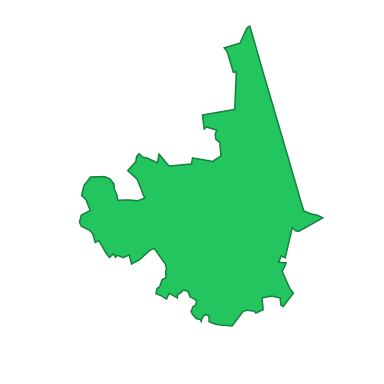 outline of Middlesex, Massachusetts, United States of America, rotated 72°
{"feature_id": "52423323B1907827935694", "entity_name": "Middlesex", "entity_type": "district", "adm_level": 2, "iso_a3": "USA", "parent_name": "United States of America", "parent_adm1": "Massachusetts", "projection": "natural_earth1", "projection_center": [-71.366, 42.447], "detail": "fine", "context": "isolated", "style": "filled", "palette": "green", "viewbox_px": 384, "rotation_deg": 72, "n_neighbors": 0, "source": "geoboundaries", "source_scale": "gbopen_adm2", "svg_char_len": 1961}
<svg xmlns="http://www.w3.org/2000/svg" viewBox="0 0 384 384"><g transform="rotate(72 192 192)"><path d="M285.9,249.3L281.3,245.1L284.4,242.0L288.3,238.7L285.0,237.4L284.2,233.1L282.6,230.7L284.9,226.7L291.5,226.1L292.6,224.7L296.6,221.2L300.6,223.3L301.1,225.1L301.2,226.3L305.5,229.8L308.4,229.3L313.7,227.1L314.3,226.1L315.8,223.6L317.9,223.2L315.2,221.5L312.6,217.8L314.9,214.0L320.7,215.9L325.3,210.0L327.8,205.0L329.3,201.0L331.8,195.4L330.1,192.8L321.3,180.2L321.5,176.2L324.3,170.1L326.9,168.5L325.9,160.7L314.3,158.1L315.7,148.1L320.0,140.9L327.0,142.4L329.2,140.8L319.5,126.8L314.0,128.8L295.1,130.8L291.8,127.1L288.4,124.4L285.7,131.2L280.3,127.0L283.4,123.7L256.7,107.5L261.0,105.4L262.4,102.5L257.0,75.6L256.8,75.7L252.9,79.9L249.4,85.8L244.6,91.5L233.1,91.4L226.2,91.0L220.5,90.9L215.0,90.7L200.6,90.3L195.2,90.1L192.5,90.0L189.4,89.9L180.4,89.7L165.5,89.2L137.5,88.4L137.1,88.4L135.7,88.3L130.7,88.2L100.8,87.4L92.3,87.1L81.9,86.7L52.2,85.7L52.7,88.8L65.2,100.3L64.9,116.8L69.3,115.2L90.9,115.7L91.3,112.7L126.6,125.8L122.0,158.3L135.8,160.9L134.7,158.1L140.8,149.5L144.7,152.3L149.4,153.0L153.5,150.3L166.7,153.3L168.7,161.1L169.5,162.6L159.8,180.9L165.2,184.0L163.4,191.7L160.2,205.9L145.8,211.6L153.5,215.9L146.1,223.9L143.9,227.8L139.2,230.6L141.3,233.8L145.8,236.1L151.8,246.5L162.7,240.3L175.4,239.3L177.3,239.5L183.2,238.8L183.5,246.4L179.9,255.0L176.9,265.2L171.9,264.4L164.7,265.1L163.0,264.5L160.3,263.8L154.1,266.0L150.3,270.5L147.3,280.6L146.4,283.8L152.5,292.8L161.2,298.1L166.4,295.2L178.1,294.5L179.8,304.4L185.9,308.4L190.5,307.8L196.8,301.1L201.2,299.3L210.1,299.6L209.4,295.7L215.7,294.3L223.0,292.8L228.7,290.8L226.7,285.6L230.5,284.9L229.0,282.7L233.2,277.7L232.4,271.3L241.8,271.7L240.1,262.6L235.2,251.9L234.3,249.1L234.0,245.4L252.3,239.6L257.8,240.1L258.9,241.4L265.6,243.3L265.8,244.7L266.0,247.5L272.1,252.0L273.0,255.1L277.5,257.7L281.4,253.0L285.9,249.3Z" fill="#22c55e" stroke="#15803d" stroke-width="1.5"/></g></svg>